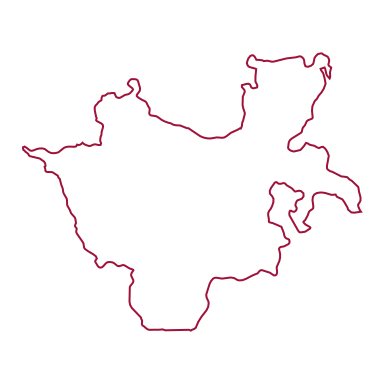 an SVG outline of Southern Nations, Nationalities and Peoples
{"feature_id": "ETH-3129", "entity_name": "Southern Nations, Nationalities and Peoples", "entity_type": "Administrative State", "adm_level": 1, "iso_a3": "ETH", "parent_name": "Ethiopia", "parent_adm1": "", "projection": "mercator", "projection_center": [36.895, 6.444], "detail": "fine", "context": "isolated", "style": "outline", "palette": "rose", "viewbox_px": 384, "rotation_deg": 0, "n_neighbors": 0, "source": "natural_earth", "source_scale": "10m", "svg_char_len": 5917}
<svg xmlns="http://www.w3.org/2000/svg" viewBox="0 0 384 384"><path d="M100.0,267.6L98.7,267.0L97.7,265.9L95.2,261.7L95.3,260.8L96.8,258.6L96.0,256.4L93.3,254.3L87.9,251.1L84.8,248.8L84.1,247.5L83.5,243.5L82.5,241.7L77.0,233.8L76.3,232.3L76.2,231.4L76.7,228.8L76.5,228.1L75.4,226.9L75.0,226.1L75.3,224.5L76.0,223.1L75.3,218.6L74.7,217.3L71.1,213.3L69.8,209.9L67.4,205.7L67.1,204.4L67.0,200.3L66.6,198.5L63.9,193.8L63.3,192.4L62.7,188.5L61.2,184.6L59.8,179.0L58.5,177.7L57.8,175.7L53.1,172.6L52.0,172.1L47.5,172.0L46.3,171.7L45.5,171.0L45.1,168.2L44.7,167.2L44.6,166.8L45.5,166.1L45.4,164.7L45.2,163.5L44.1,161.6L39.7,158.5L30.0,156.2L28.9,155.4L28.2,153.8L25.4,151.7L24.3,150.4L23.7,150.2L23.2,149.6L23.0,147.3L24.6,146.6L26.6,147.8L30.2,150.6L31.9,150.8L33.7,150.3L37.0,149.0L39.5,148.5L42.2,148.4L44.7,149.0L48.6,151.9L50.6,152.8L52.7,153.2L55.0,153.1L57.2,152.7L58.7,152.1L63.8,148.0L65.7,147.1L67.9,146.7L70.3,146.6L74.4,146.8L76.2,146.3L77.1,144.6L78.4,145.1L80.1,144.7L81.5,143.8L82.5,142.7L83.7,143.8L85.4,144.8L88.8,146.0L90.5,145.9L93.4,144.6L95.1,144.3L99.0,145.1L100.6,144.9L101.1,143.2L100.3,141.3L100.2,139.9L100.6,136.8L101.4,135.0L101.6,132.2L102.9,127.5L103.1,126.0L102.6,124.6L101.4,123.5L96.7,121.0L96.1,120.1L96.7,118.1L96.1,116.8L94.8,110.6L94.7,107.3L95.6,105.4L96.8,104.4L98.6,102.0L101.4,100.2L101.7,97.4L102.5,95.9L104.9,95.6L108.0,93.4L110.2,93.4L111.6,93.0L114.5,93.1L115.7,96.0L116.4,97.1L118.2,97.9L119.7,97.9L121.2,97.2L124.8,95.0L128.3,94.2L129.9,93.3L132.5,90.6L133.0,89.4L132.5,88.4L129.1,85.7L127.9,84.4L127.9,83.1L129.5,80.7L130.5,79.6L131.9,79.1L135.2,79.2L136.7,79.6L137.6,80.3L138.1,81.4L140.0,87.9L140.0,89.5L139.6,91.1L136.8,94.9L136.8,96.1L138.1,97.4L142.3,100.0L144.6,101.0L145.6,101.7L146.5,102.7L148.1,106.1L149.6,108.5L149.7,109.6L149.2,113.3L149.7,114.6L150.9,115.4L156.2,116.2L158.9,117.8L161.4,119.7L164.4,121.3L168.5,122.8L170.6,123.2L172.8,124.5L175.3,125.2L180.2,125.5L187.0,128.2L188.4,128.2L200.1,136.1L203.1,137.4L206.2,138.2L209.3,138.5L211.8,138.3L216.8,137.4L222.2,137.8L224.4,137.4L226.4,136.3L230.9,132.8L237.7,129.7L240.0,128.3L240.8,128.6L241.9,126.1L242.2,123.0L242.6,121.6L243.0,121.1L244.8,113.9L244.8,113.0L243.1,107.7L242.6,105.0L242.8,96.7L244.8,91.8L244.3,89.8L241.9,87.1L241.9,85.2L246.1,84.0L248.2,83.7L250.0,84.5L251.4,87.4L252.4,88.1L253.8,88.3L257.1,87.4L257.3,85.6L256.9,84.4L255.7,82.2L255.4,80.9L255.5,75.9L256.2,69.1L255.6,68.7L249.4,67.0L247.8,65.7L246.9,63.5L247.2,61.5L248.3,58.5L250.3,56.0L251.7,55.3L253.3,55.4L254.6,56.6L256.4,59.8L257.9,59.8L262.4,60.3L263.8,61.1L267.3,60.7L271.9,61.7L273.7,61.6L286.6,58.4L295.9,57.3L299.7,56.3L301.1,56.6L302.3,57.4L303.6,58.9L304.2,60.9L304.5,63.7L305.5,66.3L308.0,66.8L310.9,65.8L313.0,64.1L313.5,62.9L314.5,58.0L315.9,56.0L317.8,54.1L320.6,53.4L322.1,53.5L323.2,54.5L327.5,56.6L328.4,57.9L329.0,59.4L329.2,61.0L328.4,64.4L328.7,65.6L331.2,67.6L330.0,72.3L330.2,77.1L329.6,78.5L327.1,75.6L326.5,74.5L325.2,68.9L324.6,67.5L320.6,68.8L321.1,70.3L323.2,73.2L324.6,78.3L325.6,83.6L323.9,88.4L321.7,92.1L318.6,95.8L317.1,98.6L314.7,101.1L312.4,106.3L312.0,110.8L312.7,117.6L312.1,118.6L307.7,120.4L306.8,121.2L304.9,125.3L303.0,127.5L302.4,128.9L301.8,131.8L301.1,132.7L291.7,138.6L289.8,140.3L288.8,142.4L288.1,147.4L288.4,148.7L289.6,149.9L291.4,150.9L293.8,151.5L300.1,150.1L301.2,149.2L304.0,146.0L306.0,142.9L307.7,143.4L309.9,144.8L314.4,145.8L316.7,147.2L319.0,148.1L321.2,147.1L323.0,146.8L325.2,148.6L327.3,151.8L328.8,155.8L326.9,166.2L327.1,168.6L327.6,169.4L330.0,171.1L332.3,171.8L341.3,176.4L345.7,176.9L347.4,177.3L349.2,179.2L351.9,180.9L358.1,186.8L358.5,188.1L358.9,191.2L360.5,197.4L360.5,200.5L359.8,202.0L358.1,204.7L358.2,206.2L360.0,210.5L361.0,211.7L354.2,212.7L351.3,212.4L348.0,209.5L347.5,207.5L344.2,201.9L342.3,199.3L337.1,196.9L336.5,196.2L335.6,194.5L333.2,194.8L331.3,194.8L325.6,193.1L322.9,192.6L320.1,192.5L316.7,193.1L314.3,194.5L312.9,196.8L312.5,200.2L313.3,206.1L313.2,208.1L312.4,209.1L309.6,211.0L308.8,212.2L307.9,215.0L305.7,219.2L304.8,220.5L303.6,221.5L303.4,222.0L303.8,222.8L305.6,224.6L309.7,226.9L310.4,227.7L310.1,228.5L305.2,231.7L300.8,232.4L299.3,232.1L298.0,230.4L289.6,215.6L289.3,214.2L289.4,212.3L289.9,210.8L291.0,210.7L292.4,211.5L294.0,211.8L295.4,211.2L296.5,209.7L296.7,208.0L295.4,205.4L295.6,203.9L296.6,201.4L297.4,200.4L301.9,198.7L303.6,196.2L303.4,193.3L301.0,191.1L299.7,190.8L298.4,190.8L295.6,191.5L294.8,191.4L291.7,188.2L286.9,185.4L284.8,183.3L283.3,183.1L280.7,183.8L278.5,183.7L276.6,182.2L275.4,182.2L274.3,183.3L271.1,187.8L269.8,190.7L269.9,193.6L272.2,196.3L273.5,198.9L273.3,202.5L272.1,206.1L270.8,208.7L268.9,211.3L268.3,212.8L268.1,214.5L268.9,219.5L268.8,221.3L269.2,222.2L273.0,223.2L281.4,226.8L283.7,232.6L284.4,235.8L285.1,237.3L286.2,238.4L287.8,238.9L289.1,239.7L289.6,241.4L289.3,243.1L288.3,244.2L284.0,246.4L280.6,247.0L279.5,247.8L279.0,249.1L280.1,253.8L280.1,257.4L279.4,260.9L276.8,266.8L276.7,268.2L277.1,271.5L277.0,273.1L276.5,274.5L275.5,275.3L273.9,275.4L269.9,272.7L261.8,270.1L260.4,270.4L259.2,271.3L258.4,272.5L257.5,273.4L252.8,275.3L246.1,278.8L242.5,280.2L238.9,280.4L237.3,279.9L234.4,278.2L232.7,277.8L230.6,277.5L223.0,278.5L221.3,278.5L216.2,277.7L214.5,277.9L212.9,278.8L210.9,281.3L209.5,284.2L206.3,294.4L206.3,295.9L206.7,297.7L208.2,301.0L208.7,302.8L208.2,306.8L206.4,310.4L201.5,316.7L198.3,321.8L195.8,327.7L194.1,329.0L191.7,329.9L190.9,330.6L188.9,329.8L165.4,330.3L164.6,330.1L162.6,329.4L159.6,329.7L149.3,329.8L147.7,329.4L146.3,328.4L143.6,326.1L142.4,325.4L141.9,324.4L142.1,320.5L141.2,318.9L141.1,317.7L131.7,307.8L130.1,304.9L129.5,301.6L129.8,287.2L130.1,286.3L132.7,283.0L133.3,281.6L133.3,280.2L131.3,276.0L131.1,274.6L131.6,273.0L133.4,270.3L133.1,269.7L129.3,268.3L124.8,265.5L123.1,265.0L119.0,266.2L117.3,265.8L114.4,263.4L112.8,262.5L110.2,262.0L107.5,262.2L106.0,263.2L103.2,266.3L101.7,267.4L100.0,267.6Z" fill="none" stroke="#9f1239" stroke-width="2"/></svg>